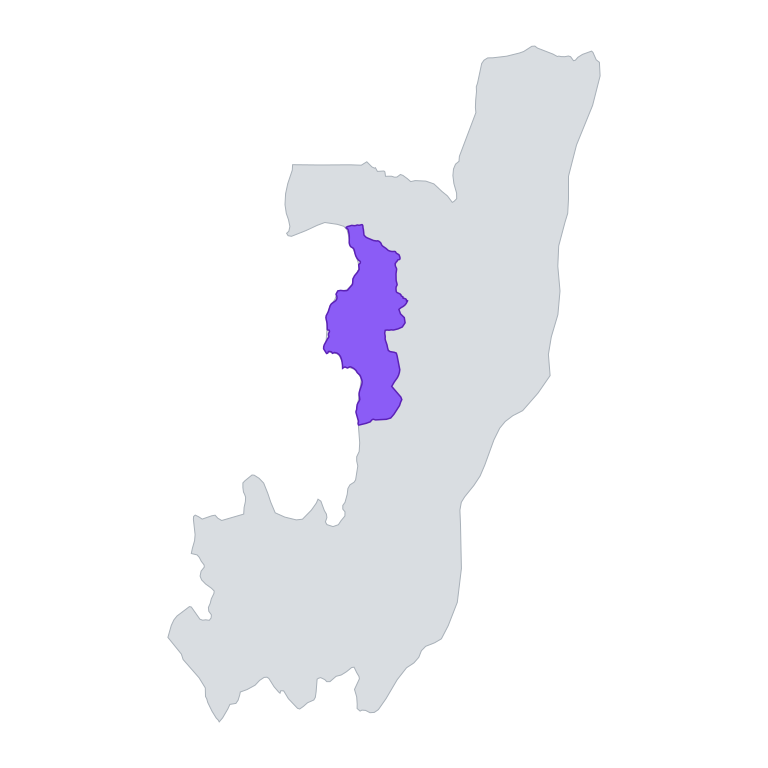 Cuvette-Ouest on a map of Republic of the Congo (Equal Earth projection)
{"feature_id": "COG-2185", "entity_name": "Cuvette-Ouest", "entity_type": "Region", "adm_level": 1, "iso_a3": "COG", "parent_name": "Republic of the Congo", "parent_adm1": "", "projection": "equal_earth", "projection_center": [14.65, 0.103], "detail": "fine", "context": "in_parent", "style": "filled", "palette": "violet", "viewbox_px": 768, "rotation_deg": 0, "n_neighbors": 0, "source": "natural_earth", "source_scale": "10m", "svg_char_len": 7377}
<svg xmlns="http://www.w3.org/2000/svg" viewBox="0 0 768 768"><path d="M167.9,637.4L171.3,625.4L173.9,619.9L177.0,616.0L189.4,606.6L191.3,607.0L199.9,619.2L202.7,620.2L205.7,619.8L209.3,620.3L211.1,618.0L211.4,614.8L208.8,611.3L208.4,607.5L210.2,603.4L211.3,598.9L213.9,593.5L214.2,591.0L211.4,588.2L205.6,584.0L201.6,579.9L200.1,576.1L201.1,571.1L204.3,567.1L204.1,564.9L201.3,561.3L199.3,557.4L197.1,554.9L191.3,553.5L192.4,548.3L194.6,540.6L195.1,534.7L193.4,519.3L193.6,516.5L195.2,515.1L198.7,516.8L202.2,519.1L211.7,515.8L215.1,515.2L217.8,518.2L221.7,520.5L243.7,514.1L244.1,507.5L245.4,501.6L245.6,497.1L244.6,494.3L243.5,492.1L242.9,487.7L242.9,482.9L245.0,480.7L252.0,475.0L254.2,475.2L259.1,478.3L263.7,483.1L267.8,493.4L270.7,502.1L275.2,512.8L284.8,517.1L296.3,519.9L302.5,519.2L311.4,510.1L316.4,503.0L318.0,499.2L320.9,501.2L324.3,510.5L326.4,514.1L326.9,517.6L325.4,521.9L326.9,524.6L333.0,526.6L338.4,524.7L340.9,520.9L344.9,516.0L345.0,511.8L342.8,509.1L342.8,505.4L345.0,502.4L347.2,494.4L347.9,488.5L350.0,484.8L354.1,482.2L355.6,479.9L357.8,466.0L356.7,461.0L356.7,456.8L359.2,451.5L359.7,442.8L357.1,408.5L361.1,381.0L360.8,377.5L357.9,373.2L354.4,369.3L345.3,366.1L341.9,361.0L339.3,355.6L337.4,353.9L327.5,351.7L325.3,348.7L326.2,339.9L327.1,327.0L326.7,318.0L328.5,310.8L330.5,305.3L334.8,299.6L337.2,292.8L338.4,291.1L346.7,290.0L349.7,287.1L352.1,284.3L353.1,280.4L355.9,274.1L358.5,269.7L358.7,266.8L358.2,262.7L355.7,254.7L352.7,248.0L350.9,245.6L347.2,230.0L343.8,226.3L337.2,224.3L324.8,222.5L317.3,225.3L305.9,230.6L291.5,236.3L288.1,235.7L286.6,233.3L288.8,231.3L289.9,226.5L288.5,219.7L286.3,213.4L285.0,204.6L285.6,193.7L287.8,183.5L292.3,170.1L292.6,164.7L320.3,165.0L350.0,164.8L361.3,165.2L366.8,161.8L372.0,167.0L374.6,168.2L375.4,167.7L377.4,171.4L383.9,171.0L384.9,171.9L385.5,176.3L391.5,176.2L394.5,177.2L396.9,177.1L400.4,174.5L402.9,175.4L407.4,178.7L410.7,181.6L415.2,180.6L425.8,181.1L433.9,183.9L442.0,191.5L447.4,195.9L452.3,202.4L454.1,201.3L456.7,198.7L456.6,193.1L453.9,183.6L452.9,175.6L453.5,169.0L455.5,164.2L459.0,161.3L459.4,156.3L475.9,112.6L475.4,107.5L475.7,100.0L476.5,91.7L476.3,86.7L477.5,83.3L481.7,63.5L484.0,60.2L487.7,57.9L492.9,57.8L506.6,56.2L519.5,53.0L523.7,51.5L531.8,46.3L534.9,46.1L537.5,48.1L553.0,54.1L557.3,56.5L558.8,56.1L561.2,56.6L564.8,56.7L568.4,56.0L570.6,56.7L573.5,60.7L575.4,60.2L577.9,57.3L582.5,54.4L591.6,51.1L593.0,52.5L596.2,59.8L599.4,62.3L600.1,75.9L592.6,105.4L576.5,145.0L568.5,176.2L568.5,199.1L567.7,213.4L565.0,222.2L558.7,245.9L557.8,266.2L560.0,291.0L557.9,314.6L551.3,336.9L548.4,354.4L550.1,375.6L538.0,393.1L522.7,410.6L512.8,415.7L505.2,421.5L499.7,428.2L493.9,439.9L484.8,465.0L480.1,476.0L473.9,485.4L464.7,496.8L461.3,502.3L459.9,510.1L460.5,524.6L461.4,568.5L457.3,602.3L448.2,625.7L441.4,638.8L434.6,642.8L425.7,646.3L421.4,650.7L418.8,657.3L413.9,662.9L406.5,667.8L397.2,679.7L386.0,698.7L378.4,709.6L374.3,712.4L370.0,712.7L365.6,710.4L361.9,710.1L360.1,711.1L357.1,708.5L357.2,704.1L356.7,696.9L354.5,689.4L359.4,678.8L359.0,676.5L356.7,672.6L354.1,667.2L351.7,667.5L346.5,671.7L341.2,675.0L336.1,676.3L330.0,681.6L326.7,681.6L324.8,679.6L320.6,677.6L318.4,678.3L317.1,679.2L316.1,691.9L315.3,697.4L313.8,700.0L307.6,702.7L303.4,706.4L299.7,709.0L297.5,708.3L288.4,698.7L283.7,690.9L280.8,690.7L280.0,693.2L278.6,692.0L274.1,686.8L268.9,678.5L267.0,677.2L264.1,677.4L259.6,680.4L255.1,685.2L247.0,689.6L240.3,692.0L239.7,695.0L238.1,700.2L235.9,703.4L229.9,704.4L227.8,709.0L222.6,717.9L219.2,721.9L218.3,720.2L216.2,718.0L212.0,711.2L207.8,702.6L206.7,698.7L205.5,696.5L205.3,687.9L199.0,677.7L183.1,659.5L181.4,654.1L167.9,637.4Z" fill="#d9dde1" stroke="#a8b0b8" stroke-width="1"/><path d="M343.9,290.8L346.8,290.6L347.5,290.2L347.9,289.9L348.1,289.5L352.4,284.5L352.7,282.9L352.9,278.9L354.6,275.6L357.3,272.5L359.2,269.3L358.8,265.7L358.7,264.8L359.1,264.1L359.8,263.6L360.3,262.9L360.4,261.8L360.0,261.2L358.6,260.2L357.5,258.9L356.5,257.4L355.7,255.7L355.1,253.8L354.2,249.9L353.4,248.3L350.6,246.6L349.7,244.9L349.2,242.9L349.3,237.1L349.2,235.0L348.3,230.2L347.9,229.3L347.3,228.7L346.7,228.3L346.2,227.9L346.1,227.4L347.0,226.8L347.9,226.4L349.0,226.2L351.2,225.5L351.6,225.4L351.9,225.4L354.5,225.7L355.2,225.6L356.3,225.4L356.8,225.1L357.1,225.0L357.5,225.0L358.5,225.2L359.1,225.3L361.9,224.6L362.2,224.7L362.5,225.0L362.8,225.7L362.9,226.4L363.0,227.7L363.1,228.3L363.4,229.5L363.9,234.5L364.0,235.0L364.3,235.5L366.0,237.2L367.3,237.9L373.5,240.5L376.6,241.0L377.1,240.9L377.5,240.8L378.0,240.9L378.6,241.1L379.3,241.5L380.6,242.7L381.0,243.4L381.7,245.0L382.2,245.7L382.8,246.2L386.0,248.4L388.2,250.4L389.7,251.0L391.2,251.4L392.7,251.5L394.6,251.4L395.0,251.5L395.4,251.7L396.1,252.8L396.3,253.1L396.7,253.4L398.3,254.3L398.8,254.7L399.1,254.9L399.2,255.1L399.9,257.2L400.0,257.9L400.0,258.1L400.0,258.5L399.9,258.9L399.8,259.2L399.5,259.4L399.2,259.6L398.5,259.7L397.9,259.9L397.7,260.1L397.5,260.4L397.3,260.7L397.1,261.2L396.9,261.4L396.8,261.6L396.5,261.7L396.4,261.8L396.2,262.0L395.9,262.7L395.8,262.9L395.3,263.3L395.2,263.5L395.2,264.1L395.3,265.5L395.5,266.3L395.6,266.6L396.4,268.2L396.6,269.0L396.6,269.6L396.0,273.7L396.1,279.4L396.2,280.7L397.0,283.9L397.1,284.4L397.1,284.8L397.0,285.2L396.2,286.8L396.1,287.1L396.1,287.4L396.0,288.2L396.0,289.2L396.2,291.1L396.3,291.5L396.4,291.8L396.7,292.2L397.0,292.5L400.0,293.9L400.3,294.1L400.5,294.4L400.9,294.7L401.0,295.1L401.0,295.4L401.2,295.8L401.5,296.1L402.4,296.5L403.0,297.0L402.9,297.4L402.9,297.8L403.1,298.1L403.3,298.3L403.8,298.2L405.7,298.9L406.0,299.2L406.2,299.4L406.4,299.8L406.4,300.2L406.5,300.7L406.5,301.1L406.7,301.3L407.0,301.1L407.1,300.8L407.3,300.7L407.5,300.7L407.6,300.8L406.2,303.5L404.8,305.2L403.1,306.5L400.8,307.8L398.9,309.4L400.5,313.9L404.3,317.6L405.1,322.8L402.3,327.0L398.0,328.9L393.6,330.0L392.5,330.0L391.4,329.8L389.1,330.2L387.1,330.0L385.2,330.3L384.7,333.2L385.2,336.2L385.2,337.4L385.1,338.7L385.5,340.5L387.0,344.9L387.6,347.9L388.3,350.4L390.1,351.6L394.3,352.3L396.3,353.1L397.1,355.8L399.8,369.7L399.4,372.4L398.6,375.1L397.4,377.6L394.2,382.1L391.7,386.4L400.8,397.0L401.8,399.6L400.6,402.2L399.5,405.6L393.9,414.3L390.7,418.0L386.4,419.3L375.5,419.9L373.1,419.2L371.7,420.0L370.3,421.8L366.2,423.3L358.8,425.1L358.5,424.8L358.1,423.8L358.1,423.2L358.4,421.8L358.5,421.2L358.3,420.2L357.7,418.6L356.0,412.5L356.0,411.3L356.6,409.7L356.9,406.3L357.2,404.5L358.1,402.6L359.1,401.1L359.8,399.5L359.5,397.1L359.1,395.1L359.1,393.2L359.5,391.3L361.8,384.5L362.2,381.9L361.7,379.6L360.3,375.8L359.6,374.8L357.3,372.7L356.0,370.4L354.1,368.7L351.9,367.4L350.3,366.8L349.3,367.0L348.4,367.6L347.5,368.0L346.6,367.7L345.5,367.1L344.5,367.1L343.6,367.6L342.6,368.3L342.5,365.3L342.1,362.1L341.4,359.0L340.4,356.4L338.9,354.4L336.8,353.0L334.5,352.5L332.4,353.3L331.9,352.5L331.5,352.0L330.9,351.7L328.9,351.4L328.4,351.6L328.2,352.1L328.0,352.6L327.8,353.0L327.0,353.4L326.6,353.5L326.3,353.1L323.6,348.8L323.7,346.6L324.3,344.7L326.9,340.0L327.6,338.7L328.2,338.0L328.8,337.0L328.8,336.1L328.5,335.3L328.4,334.1L328.6,333.4L329.4,331.9L329.5,331.1L329.1,330.2L328.4,330.0L327.7,330.0L327.3,329.4L327.1,323.8L326.8,321.9L326.2,319.5L325.9,317.6L326.2,315.7L328.2,311.8L330.2,305.6L331.4,303.8L335.7,300.7L336.8,299.0L337.0,297.4L336.7,295.8L336.0,294.2L337.8,290.9L340.6,290.4L343.9,290.8Z" fill="#8b5cf6" stroke="#5b21b6" stroke-width="1.5"/></svg>